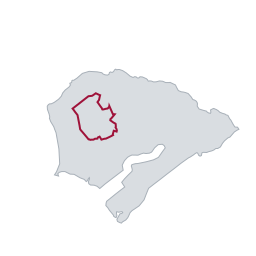 location of Linguere, Louga, Senegal, rotated 322°
{"feature_id": "50182788B14678638932037", "entity_name": "Linguere", "entity_type": "district", "adm_level": 2, "iso_a3": "SEN", "parent_name": "Senegal", "parent_adm1": "Louga", "projection": "natural_earth1", "projection_center": [-15.296, 15.307], "detail": "medium", "context": "in_parent", "style": "outline", "palette": "rose", "viewbox_px": 256, "rotation_deg": 322, "n_neighbors": 0, "source": "geoboundaries", "source_scale": "gbopen_adm2", "svg_char_len": 4477}
<svg xmlns="http://www.w3.org/2000/svg" viewBox="0 0 256 256"><g transform="rotate(322 128 128)"><path d="M189.2,117.9L191.9,123.3L191.3,125.8L190.7,129.5L192.2,132.2L194.0,134.0L195.2,135.6L196.6,137.8L196.9,142.3L196.6,145.5L197.6,146.9L198.3,148.8L198.2,150.3L197.7,151.6L196.0,153.4L195.7,156.8L198.5,160.8L200.2,163.0L200.2,164.2L200.7,165.6L202.0,167.2L202.8,166.8L203.7,165.5L204.1,164.6L206.5,165.0L207.6,165.4L209.1,168.1L209.7,169.8L210.0,172.0L211.6,174.8L213.0,176.7L213.3,177.9L214.5,179.6L213.8,183.2L213.9,185.1L213.1,189.9L212.9,192.2L212.9,193.1L214.8,194.8L214.6,197.3L212.7,196.9L209.4,196.6L202.8,197.9L200.5,197.3L196.2,197.5L193.1,198.2L189.2,199.8L186.1,199.4L184.5,198.2L182.3,198.2L179.9,197.6L177.2,196.4L174.9,195.7L172.3,193.5L171.1,193.1L170.2,193.7L169.5,194.4L168.8,194.9L167.4,194.5L166.9,192.9L167.3,191.5L167.4,190.4L166.8,189.7L165.2,189.5L162.7,189.5L158.6,189.1L157.7,188.8L148.5,188.4L139.0,188.4L131.0,188.3L120.9,188.3L113.7,188.2L107.1,188.2L101.9,191.2L96.4,194.5L88.9,196.2L80.3,195.6L77.5,196.0L74.7,197.5L72.6,198.5L69.6,199.1L65.8,198.6L64.3,198.9L63.3,197.5L62.2,195.1L62.9,193.3L65.2,192.2L68.7,190.7L70.6,191.4L71.7,191.5L71.9,190.5L71.5,190.0L68.9,188.7L67.5,187.0L66.4,188.0L65.4,190.1L64.6,190.7L63.4,191.3L62.7,189.9L62.4,188.5L62.9,187.5L62.7,181.5L63.0,178.3L62.8,175.5L64.5,173.7L66.1,172.6L72.2,172.5L77.9,172.4L83.5,172.4L89.1,172.5L89.6,166.9L91.4,166.5L94.1,165.9L99.0,165.2L104.5,164.6L105.7,163.5L106.6,161.6L107.2,160.0L108.3,159.3L109.9,159.8L111.9,160.7L114.0,162.1L116.4,163.3L118.0,164.1L121.9,166.0L128.5,168.8L133.9,169.9L140.4,167.9L145.1,166.6L145.7,164.2L145.0,161.9L141.5,159.7L136.7,160.0L135.2,160.5L133.0,161.2L131.6,161.5L129.4,161.0L126.5,159.2L124.7,157.3L122.2,156.4L119.2,155.6L114.4,151.7L111.9,151.1L109.6,150.8L105.0,151.6L100.6,153.7L98.2,158.3L93.8,158.2L84.4,158.1L75.7,158.0L68.5,158.3L67.8,154.9L66.1,152.2L63.4,149.9L62.8,147.8L63.7,145.9L66.4,144.4L67.0,143.3L65.6,143.5L63.5,144.5L62.1,144.5L61.9,141.6L59.6,137.8L57.0,131.3L54.0,128.7L51.5,123.5L48.9,121.5L46.5,120.6L44.5,120.8L43.7,123.1L41.2,119.7L44.7,118.5L52.1,114.2L60.7,101.9L68.4,87.4L69.4,83.9L70.3,81.3L71.0,75.4L72.1,71.9L73.1,71.2L74.4,68.5L76.0,63.7L77.8,61.1L79.8,60.5L81.3,60.8L82.4,61.7L85.6,62.4L91.0,62.6L95.1,61.9L98.1,60.2L101.9,59.4L106.7,59.4L109.2,58.7L109.4,57.3L110.0,56.9L111.0,57.4L112.0,57.2L112.8,56.2L113.7,56.2L114.6,57.0L118.6,57.3L125.7,56.9L132.2,59.4L138.3,64.8L141.4,68.3L141.6,70.1L142.6,71.9L144.4,73.7L146.0,74.0L147.5,72.9L148.7,73.0L149.6,74.4L151.3,74.7L153.2,73.9L154.6,74.1L154.8,75.0L155.1,75.4L156.0,75.6L157.3,76.7L159.1,79.5L160.5,83.4L161.6,88.5L163.1,91.3L164.9,91.7L165.9,92.8L166.1,94.0L166.6,94.8L167.5,95.2L169.0,95.0L170.8,96.7L172.8,100.4L173.1,102.1L172.8,103.0L172.9,103.6L174.2,104.3L175.4,105.5L176.4,107.3L178.5,108.9L181.8,110.3L184.1,112.5L185.6,115.3L188.6,117.7L189.2,117.9Z" fill="#d9dde1" stroke="#a8b0b8" stroke-width="1"/><path d="M96.3,81.0L96.2,82.2L96.2,86.4L96.2,86.6L95.8,87.6L95.5,88.0L94.8,89.5L94.1,90.8L93.4,92.2L91.5,95.9L91.1,96.7L91.0,96.8L89.5,99.6L89.5,100.8L89.5,101.8L89.6,102.2L89.6,103.1L89.7,105.1L89.9,110.7L89.9,112.0L89.9,112.5L90.0,112.7L90.1,112.8L90.3,112.9L90.3,113.0L90.5,113.1L90.6,113.3L90.7,113.5L90.8,113.6L90.8,113.8L90.9,114.0L91.0,114.1L91.2,114.3L91.4,114.4L91.9,114.6L92.2,114.8L92.4,115.0L92.8,115.3L93.4,115.7L93.6,115.9L93.8,116.0L94.1,116.0L94.4,116.0L94.8,116.0L95.4,116.2L95.5,116.2L95.6,116.3L95.8,116.4L96.0,116.6L96.4,116.9L97.3,117.5L97.4,117.4L97.8,117.2L98.0,117.2L98.5,117.0L98.8,116.9L99.1,117.0L99.4,117.1L100.0,117.4L100.3,117.4L100.3,117.5L100.3,117.8L100.2,118.2L100.2,118.4L100.1,119.3L100.0,120.0L99.9,120.8L102.9,122.0L103.9,122.7L104.1,122.8L105.9,123.2L108.1,123.7L110.2,124.1L111.9,124.4L112.1,123.6L112.6,123.3L112.8,123.1L115.1,121.4L116.3,123.0L116.8,123.8L117.2,123.5L117.7,123.1L118.3,121.8L118.6,119.8L119.3,119.4L120.8,117.2L120.7,116.6L119.9,114.8L118.8,111.0L119.6,110.2L120.9,110.1L125.2,109.2L126.0,109.0L125.4,108.4L124.6,107.9L126.8,99.2L126.4,99.6L125.0,99.9L124.3,100.1L123.7,100.0L122.9,99.5L121.9,99.0L120.9,98.6L120.1,98.2L119.6,98.0L119.2,97.5L119.6,96.1L119.6,94.4L119.9,88.8L122.5,88.0L124.9,86.0L126.2,85.0L125.9,84.6L125.4,83.6L124.0,80.8L123.7,80.8L120.2,80.6L119.5,80.5L117.2,79.1L116.4,78.6L116.1,78.6L112.4,78.6L112.1,78.6L110.9,78.6L109.3,78.6L109.1,78.6L108.5,78.6L108.3,78.6L96.3,78.6L96.3,79.4L96.3,79.6L96.3,81.0Z" fill="none" stroke="#9f1239" stroke-width="2"/></g></svg>